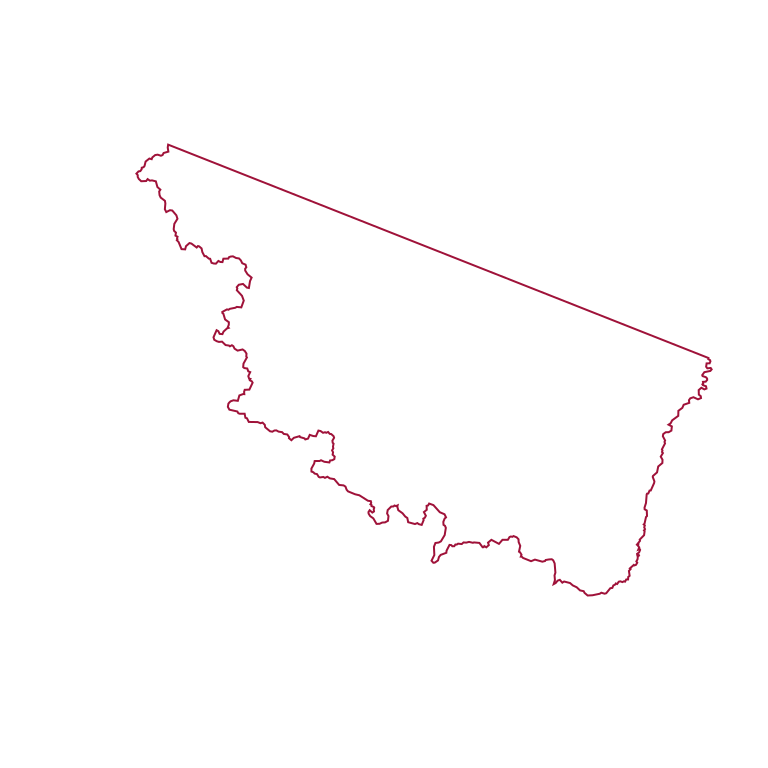 Minas, Neuquén, Argentina (Robinson projection), rotated 290°
{"feature_id": "61730980B83273988840504", "entity_name": "Minas", "entity_type": "district", "adm_level": 2, "iso_a3": "ARG", "parent_name": "Argentina", "parent_adm1": "Neuquén", "projection": "robinson", "projection_center": [-70.936, -36.758], "detail": "fine", "context": "isolated", "style": "outline", "palette": "rose", "viewbox_px": 768, "rotation_deg": 290, "n_neighbors": 0, "source": "geoboundaries", "source_scale": "gbopen_adm2", "svg_char_len": 6139}
<svg xmlns="http://www.w3.org/2000/svg" viewBox="0 0 768 768"><g transform="rotate(290 384 384)"><path d="M535.1,99.3L532.2,99.9L528.6,101.9L525.7,97.9L523.4,97.6L522.2,96.3L522.1,92.9L520.9,90.7L517.7,88.8L515.8,88.8L515.6,86.4L511.5,83.9L506.9,84.4L505.5,83.9L504.4,82.4L502.8,82.8L500.7,82.2L499.8,80.6L497.0,79.4L496.0,81.2L494.4,81.7L492.8,83.5L491.5,86.5L493.4,91.1L495.7,91.8L495.0,94.4L496.0,96.4L496.4,100.3L491.6,103.7L490.1,107.4L488.0,106.9L484.7,108.5L482.8,110.4L481.2,115.5L478.9,116.8L473.3,118.3L471.1,120.6L474.1,123.4L474.6,125.7L471.5,131.2L468.6,133.4L462.8,132.2L457.6,133.4L456.1,134.4L455.1,136.7L452.1,137.3L451.8,139.6L450.1,139.7L449.4,140.4L448.3,140.1L447.2,142.4L441.5,147.6L442.5,151.1L445.8,150.8L449.9,153.0L450.1,155.0L448.2,161.3L450.0,162.0L450.1,163.2L449.0,166.2L445.8,168.2L442.7,171.6L443.3,172.9L441.9,176.5L442.2,177.8L438.9,180.5L439.0,182.8L439.6,184.9L443.0,186.3L442.7,188.5L443.3,190.5L446.8,190.2L448.6,194.8L450.2,195.0L451.3,196.3L452.3,198.4L451.8,201.9L452.4,204.8L451.2,207.2L449.0,209.5L448.8,213.1L446.6,214.7L444.8,214.1L443.1,214.8L440.4,218.3L438.7,223.2L434.9,222.9L428.0,224.2L427.7,222.2L429.8,217.3L427.6,213.6L424.6,212.5L423.6,213.5L421.8,213.6L418.3,220.4L414.4,223.7L407.2,223.7L406.1,219.3L404.8,218.2L401.9,213.4L400.6,212.5L400.4,210.9L396.4,207.4L395.4,207.9L395.1,209.0L390.3,212.6L389.0,217.1L386.5,217.9L384.1,217.8L383.6,218.8L382.6,217.5L378.4,215.3L375.6,215.1L374.9,212.4L377.0,210.2L377.3,208.3L369.6,207.8L367.5,209.4L367.0,212.3L367.1,214.5L368.4,217.3L366.4,221.8L367.1,225.2L366.7,226.3L368.4,227.8L368.0,229.5L366.1,231.5L365.3,235.0L368.1,239.3L367.4,241.9L365.5,244.4L362.7,245.2L362.1,246.1L355.1,245.0L351.7,245.9L351.2,247.3L351.8,250.2L349.5,252.1L349.4,254.2L345.0,253.8L342.8,255.5L343.1,256.7L341.6,256.7L341.3,258.9L340.3,260.1L332.7,259.4L330.9,255.1L328.8,255.2L326.7,256.2L326.4,255.1L323.8,252.0L318.2,252.4L317.2,248.1L315.3,245.8L313.8,245.0L312.3,244.5L309.1,245.1L307.0,247.5L308.0,255.6L306.7,257.1L306.7,258.6L308.4,263.2L304.9,265.3L304.9,267.0L302.1,269.9L305.0,278.3L304.9,281.3L306.2,283.1L304.9,285.9L302.7,287.2L300.6,293.1L301.0,295.4L302.8,296.9L303.6,298.7L303.2,301.2L303.9,304.7L302.8,306.9L303.5,310.4L301.7,313.0L300.6,313.2L299.5,316.2L302.6,317.7L306.1,322.5L305.4,323.3L305.7,327.9L305.0,329.0L306.7,331.3L310.8,331.6L310.9,335.3L311.6,337.9L317.8,338.3L318.1,340.5L317.3,343.4L318.5,345.1L318.4,346.4L319.8,347.9L318.6,350.0L318.9,351.6L317.7,354.5L316.4,355.5L313.1,354.9L311.2,355.9L310.7,357.0L307.6,357.5L306.2,358.4L303.9,357.9L302.4,359.5L300.0,359.9L298.9,362.5L296.4,363.0L294.7,361.5L293.7,359.5L291.6,359.5L290.5,354.5L290.8,350.9L289.6,349.8L287.9,345.2L285.4,345.6L279.7,344.7L276.9,345.8L276.9,347.9L276.1,349.4L276.4,351.9L274.4,354.4L274.3,355.8L275.9,358.8L275.6,360.6L277.5,362.5L276.8,365.4L277.6,369.7L273.8,376.4L274.9,380.7L274.4,382.9L271.9,385.0L270.8,386.9L270.5,394.6L271.0,398.9L268.8,408.8L269.4,411.7L268.0,412.6L266.3,412.4L266.2,413.5L265.0,414.0L264.9,416.5L264.3,417.2L263.0,417.1L260.8,418.2L259.2,417.0L260.5,413.7L258.3,413.2L256.9,413.9L255.1,416.2L254.1,419.9L250.0,424.8L251.1,427.6L253.2,429.7L254.3,432.3L256.8,434.5L261.4,433.4L263.4,431.2L266.8,430.6L271.3,432.7L272.2,434.8L273.4,435.4L273.4,437.1L274.6,438.3L273.2,438.5L270.3,440.6L268.9,445.6L266.7,449.3L266.1,451.7L262.4,454.0L263.0,461.0L264.7,462.9L264.2,464.6L264.5,467.6L269.7,467.8L270.9,467.0L272.3,468.1L274.5,468.4L277.3,465.3L280.4,467.2L284.1,465.7L285.0,467.0L287.1,467.3L287.1,471.9L282.6,480.3L282.3,485.4L279.9,487.9L278.3,487.0L274.7,486.9L272.0,488.1L271.6,489.8L270.0,491.3L262.8,492.7L255.6,491.3L253.7,489.6L252.2,486.7L248.1,486.6L240.5,489.8L234.2,489.1L232.9,491.5L233.5,492.8L236.7,495.1L240.2,494.8L242.8,495.7L246.7,500.3L248.8,499.8L255.2,500.6L255.6,502.4L254.9,503.7L255.6,505.5L257.6,506.0L258.0,507.3L259.3,508.2L260.2,511.8L262.3,512.9L263.1,515.6L264.7,517.9L265.2,521.9L265.9,522.7L267.3,528.0L264.3,532.5L264.7,533.4L266.0,533.7L265.5,536.0L268.5,537.6L270.5,536.0L274.3,538.2L273.1,546.7L278.1,548.6L280.0,553.7L283.1,554.3L284.1,555.4L284.3,556.9L285.4,557.7L285.3,561.1L284.1,563.5L281.5,564.6L278.5,567.4L272.6,568.2L272.4,569.4L270.6,571.6L268.6,571.6L268.9,572.4L268.1,574.1L267.8,582.8L270.6,585.9L271.2,593.6L272.8,595.9L273.9,596.1L275.6,599.1L276.7,601.6L276.2,603.3L273.8,605.7L265.3,609.6L262.5,609.7L258.2,611.7L254.0,611.9L255.7,613.4L258.6,614.4L260.1,616.2L258.3,619.5L260.0,620.8L260.6,626.9L259.3,630.3L258.9,634.6L257.1,638.8L257.6,642.5L256.3,643.9L254.9,647.7L256.8,652.2L260.7,658.5L262.2,659.6L262.4,663.0L263.4,664.4L269.5,666.5L270.5,668.3L273.1,668.4L274.7,669.9L275.8,670.0L275.8,671.5L278.5,672.2L279.4,673.6L279.4,675.8L280.7,677.0L280.7,678.1L283.2,678.5L283.8,680.2L286.2,679.5L287.8,680.4L292.1,678.1L294.4,679.0L294.8,678.1L299.4,680.6L299.1,681.2L300.2,682.6L302.7,683.1L303.6,681.8L306.0,682.2L308.8,681.5L310.0,682.3L310.4,681.9L309.6,680.7L310.9,679.9L313.0,681.3L315.7,681.4L316.4,680.6L315.4,679.6L317.8,679.7L318.7,678.2L320.0,677.9L319.3,677.2L319.5,676.6L324.2,678.2L325.2,677.5L330.9,680.1L335.0,679.2L335.3,678.4L336.9,678.9L338.4,677.5L340.2,677.5L340.9,676.1L341.7,676.6L348.6,675.7L349.9,676.3L355.0,674.2L355.4,671.8L356.9,671.1L361.7,670.9L370.1,668.6L370.9,668.7L371.5,669.8L374.7,670.0L375.2,671.1L383.3,671.7L385.0,671.4L388.6,668.3L389.6,668.2L394.3,670.8L400.3,669.9L405.0,672.6L408.1,671.6L410.4,668.9L414.5,669.7L415.2,668.5L416.8,668.4L417.6,667.5L424.3,668.4L425.5,667.4L427.0,667.5L430.3,663.9L432.4,663.5L435.0,665.2L436.1,668.0L438.5,670.0L442.6,669.0L443.1,665.3L445.2,666.8L448.4,667.2L454.7,671.4L459.5,669.8L463.6,672.5L467.0,672.7L470.7,677.3L473.1,676.1L475.3,676.7L477.4,679.3L477.0,684.3L479.2,686.7L480.9,685.8L481.7,683.5L485.9,681.8L489.0,683.5L488.5,686.9L490.0,688.6L492.0,687.4L492.0,684.1L492.6,683.3L493.6,683.8L495.1,683.0L496.2,685.5L498.4,686.3L499.7,685.7L500.5,684.1L500.4,680.7L501.2,680.0L504.7,681.0L507.9,686.2L509.8,686.9L510.8,685.5L509.3,682.5L510.4,680.8L513.7,680.1L514.8,682.9L516.9,683.0L517.9,682.3L518.3,680.2L519.4,680.0L535.1,99.3Z" fill="none" stroke="#9f1239" stroke-width="2"/></g></svg>